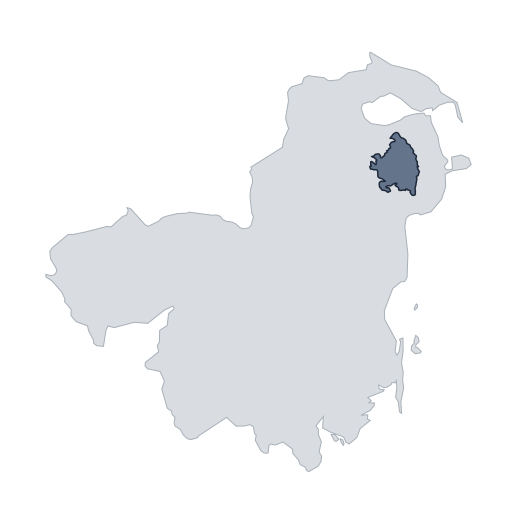 Lara on a map of Venezuela (Natural Earth projection), rotated 94°
{"feature_id": "VEN-34", "entity_name": "Lara", "entity_type": "State", "adm_level": 1, "iso_a3": "VEN", "parent_name": "Venezuela", "parent_adm1": "", "projection": "natural_earth1", "projection_center": [-69.693, 10.08], "detail": "fine", "context": "in_parent", "style": "filled", "palette": "slate", "viewbox_px": 512, "rotation_deg": 94, "n_neighbors": 0, "source": "natural_earth", "source_scale": "10m", "svg_char_len": 8591}
<svg xmlns="http://www.w3.org/2000/svg" viewBox="0 0 512 512"><g transform="rotate(94 256 256)"><path d="M461.4,179.4L467.3,188.2L466.7,190.3L463.1,192.3L461.1,197.3L456.5,199.5L450.2,205.5L446.1,206.1L439.7,216.1L443.3,223.9L442.5,227.9L444.0,229.9L451.5,230.1L452.2,232.2L451.3,235.4L450.0,237.5L439.9,243.9L435.0,243.3L433.0,245.2L426.5,246.6L424.7,250.5L426.4,255.6L427.1,264.0L419.0,274.0L439.4,300.7L441.6,302.1L443.7,308.2L443.0,311.9L439.4,316.2L434.3,319.4L431.3,324.9L428.2,326.0L422.6,325.6L419.9,328.6L416.4,329.7L414.1,333.9L395.3,340.7L387.3,338.6L377.9,343.6L376.2,356.2L373.4,359.0L369.9,359.0L358.3,346.3L352.4,348.2L348.4,346.4L336.9,346.9L331.5,339.7L319.5,339.2L314.9,334.4L312.8,334.3L311.9,335.9L316.6,343.9L330.7,359.3L330.7,373.1L337.3,392.4L336.2,398.6L340.0,400.4L356.8,401.9L356.6,408.7L354.4,411.8L351.1,412.4L342.5,417.6L337.4,419.3L334.1,430.6L331.2,433.8L328.1,436.5L322.4,436.6L314.8,443.8L312.0,443.7L305.5,447.3L295.0,457.8L291.5,464.2L288.9,464.3L290.0,458.7L288.6,455.7L286.2,454.1L283.9,453.8L280.9,455.3L273.1,460.8L265.6,462.0L261.6,459.5L247.6,444.9L247.3,440.0L244.1,428.4L236.9,406.8L237.1,402.6L225.9,391.8L224.3,388.0L219.7,386.6L216.8,388.0L217.5,384.4L232.6,368.8L233.9,365.5L228.0,355.5L224.8,352.7L222.9,349.2L219.1,337.1L218.1,327.8L216.9,325.9L218.4,303.2L217.8,298.2L218.9,294.4L221.9,291.8L223.5,287.8L223.8,282.3L225.6,277.9L228.7,274.3L229.8,270.9L228.5,265.3L225.8,263.0L216.7,261.3L214.2,263.0L197.5,266.1L189.3,266.1L183.0,264.6L178.2,265.1L172.6,268.2L169.9,266.4L167.7,267.3L145.7,237.2L137.6,236.5L126.7,232.3L118.1,235.7L114.5,236.0L99.1,234.4L90.6,235.9L87.0,234.4L84.6,232.0L80.8,222.1L74.9,220.5L72.5,216.5L73.4,200.5L76.1,196.1L75.1,188.9L74.3,185.4L66.6,176.5L62.5,159.1L57.4,158.1L55.9,154.3L54.3,153.6L50.1,156.0L45.7,156.9L44.7,156.0L56.0,134.4L60.4,108.9L66.0,96.4L73.6,86.3L79.8,83.3L88.8,66.2L108.7,59.1L103.5,64.3L91.6,67.7L88.9,69.7L89.2,75.4L92.6,83.5L98.7,89.9L95.9,90.6L97.1,96.4L100.0,100.4L100.1,102.9L97.9,110.6L88.8,122.8L83.9,133.4L87.6,139.7L88.1,142.9L94.8,150.8L94.2,153.9L97.1,160.4L101.8,161.3L111.0,157.2L115.9,150.4L116.9,137.4L116.0,132.8L110.4,121.5L106.6,117.2L103.2,107.4L101.7,98.5L104.3,96.4L104.0,91.7L110.4,90.5L124.2,82.9L132.8,80.9L142.5,76.9L146.8,71.6L148.3,71.2L153.4,74.3L155.9,73.2L156.9,70.8L155.5,66.0L143.8,67.8L140.9,58.3L143.5,50.6L149.7,47.7L154.1,52.2L157.2,65.9L161.3,73.0L173.7,71.6L186.3,74.8L199.7,84.6L203.6,94.8L202.0,97.4L202.9,101.7L204.8,106.1L207.7,108.8L216.1,109.6L243.6,104.6L266.7,103.8L271.1,105.9L271.6,109.6L279.1,117.4L301.6,124.2L310.3,123.2L330.9,110.1L342.0,110.5L345.1,108.5L341.0,106.5L331.8,105.7L329.0,107.0L327.5,103.7L340.7,102.6L352.4,103.4L362.0,101.0L369.5,101.1L377.2,99.5L391.5,101.3L402.8,99.8L401.5,102.0L391.8,103.7L387.2,106.9L377.5,106.3L370.6,107.4L372.8,108.3L372.8,111.6L374.8,112.2L377.8,116.2L378.5,119.5L376.1,124.7L378.9,124.2L380.5,122.5L380.4,118.8L382.0,119.5L389.3,134.6L392.3,131.0L394.5,133.2L394.4,127.5L396.8,127.6L402.1,131.4L407.5,140.1L406.6,133.5L410.9,133.4L412.1,130.6L420.8,140.0L430.1,142.8L437.0,149.9L435.5,153.4L431.5,155.2L429.9,157.4L426.8,168.7L423.0,177.5L411.4,177.6L421.3,184.4L424.7,181.6L429.6,181.4L436.9,177.8L446.9,179.4L451.3,176.5L456.7,176.9L461.4,179.4ZM341.3,85.7L342.4,90.4L339.3,94.5L335.0,94.6L331.7,91.9L329.9,92.6L324.1,91.1L325.8,88.6L330.0,87.3L333.2,90.2L335.8,90.4L336.4,88.0L340.0,84.4L341.3,85.7ZM435.0,164.8L428.8,168.6L428.5,164.9L433.2,160.5L435.3,163.2L435.0,164.8ZM298.9,93.8L297.2,94.6L292.6,92.7L293.6,91.4L296.1,91.4L298.9,93.8ZM436.2,158.0L432.4,159.2L433.5,156.5L437.4,155.1L438.8,155.6L436.2,158.0Z" fill="#d9dde1" stroke="#a8b0b8" stroke-width="1"/><path d="M181.7,131.9L181.5,133.8L181.5,134.2L181.6,134.6L180.5,135.8L180.4,135.9L179.6,136.2L179.4,136.3L179.4,136.6L179.3,136.8L179.2,136.9L179.2,137.1L178.9,137.3L177.1,137.9L175.5,138.1L174.3,138.0L174.0,137.9L173.8,137.7L173.5,137.5L172.9,136.9L172.7,136.6L172.6,136.3L172.6,136.0L172.7,135.6L172.8,135.2L172.8,134.6L172.6,133.8L172.5,132.5L172.5,132.4L172.3,132.4L172.1,132.5L171.9,132.8L171.3,134.2L170.4,135.1L169.7,137.7L169.5,138.4L169.2,139.1L168.4,139.8L167.5,140.1L165.9,140.2L164.4,140.4L163.4,140.5L162.5,140.6L162.1,141.0L161.8,141.5L161.5,142.4L161.5,142.8L161.6,143.3L161.7,143.8L161.8,144.0L161.8,144.5L161.7,144.7L161.3,145.9L161.3,146.2L161.3,146.5L161.4,146.8L161.4,147.1L161.4,147.3L161.4,147.5L160.9,148.0L158.9,148.7L158.5,148.3L158.4,147.9L158.4,147.7L158.3,147.3L158.1,147.3L157.9,147.4L157.6,147.6L157.2,147.9L154.4,148.0L154.2,148.0L153.9,148.0L153.8,147.7L153.7,147.5L153.8,147.3L154.2,146.3L154.4,145.8L154.6,145.6L155.2,144.7L156.3,143.5L156.4,143.3L156.4,143.1L156.4,142.9L156.4,142.7L156.2,142.6L155.7,142.6L155.4,142.6L155.2,142.5L154.9,142.4L154.7,142.4L154.5,142.5L153.4,143.0L153.1,143.0L152.9,143.0L152.8,142.8L152.7,142.7L152.2,142.3L152.1,142.2L151.8,142.3L151.5,142.5L149.6,145.0L149.4,145.5L149.2,146.6L149.0,147.1L148.7,147.4L147.9,145.3L147.8,145.1L147.7,145.0L146.7,144.5L146.4,144.2L146.1,143.4L145.6,141.3L145.6,141.1L145.6,140.9L145.6,140.6L145.7,140.4L145.9,140.1L146.1,140.0L147.1,139.1L147.3,139.0L147.4,138.8L147.6,138.8L147.8,138.8L148.3,138.9L148.5,138.9L149.2,138.3L149.3,138.1L149.3,137.7L149.2,137.4L148.7,136.8L147.5,135.8L147.4,135.5L147.2,135.2L146.8,134.9L146.6,134.8L146.3,134.7L145.2,134.7L144.8,134.5L144.5,134.3L143.8,133.0L143.7,132.9L143.2,132.4L142.8,132.4L142.7,132.5L142.1,133.0L141.8,132.7L141.5,132.3L141.1,131.3L140.0,131.0L139.5,130.9L139.4,130.5L139.0,129.7L138.8,129.4L138.4,129.4L137.2,129.6L136.9,129.8L136.4,130.1L135.9,130.5L135.6,130.5L134.9,130.0L134.2,129.5L133.7,129.3L133.2,128.9L132.7,127.7L132.3,127.1L132.3,126.8L132.2,126.0L132.1,125.6L131.7,125.4L131.3,125.4L130.8,125.6L130.3,125.9L129.9,126.6L129.1,128.3L129.2,130.2L128.5,130.1L128.1,129.8L126.5,128.6L125.7,128.2L124.6,127.3L123.6,126.0L123.1,125.1L123.0,124.2L123.3,123.1L124.1,122.3L127.2,120.2L127.6,119.7L127.8,119.3L128.0,118.8L128.1,118.1L128.4,117.2L128.7,116.6L129.1,116.0L129.3,115.7L129.5,115.4L129.9,114.9L130.7,114.3L131.3,114.0L132.0,113.8L132.6,113.7L133.1,113.6L133.2,113.3L133.4,112.9L133.7,112.4L133.8,111.9L134.2,111.0L134.4,110.5L135.1,109.9L135.7,109.6L136.2,109.5L136.9,109.2L137.2,108.8L137.5,108.2L137.7,107.9L138.1,107.5L139.0,107.1L139.2,106.9L139.5,106.5L139.7,106.3L140.2,106.2L141.0,106.2L142.1,106.5L142.6,105.9L142.6,105.7L142.8,105.5L143.0,105.2L143.5,104.9L144.0,104.6L144.3,103.7L144.5,103.4L144.7,103.2L144.9,103.1L145.1,103.0L145.4,103.0L146.3,103.0L147.8,103.4L148.0,103.4L148.3,103.3L148.8,103.0L149.2,102.7L150.2,102.2L150.7,101.7L151.0,101.6L151.4,101.6L151.6,101.7L151.9,101.7L152.1,101.7L152.3,101.7L152.5,101.5L152.8,101.5L153.1,101.5L153.4,101.5L153.7,101.5L153.9,101.4L154.4,101.1L154.8,100.7L155.0,100.4L155.3,100.2L155.5,100.2L155.7,100.3L155.8,100.6L155.6,100.8L155.3,101.0L155.4,101.3L155.5,101.3L156.0,101.3L156.3,101.3L157.7,100.7L158.8,100.1L160.3,99.0L160.5,99.0L160.9,99.0L162.5,99.6L164.2,99.8L164.7,100.1L164.8,100.3L164.9,100.5L165.0,100.9L165.1,101.1L165.1,101.3L165.4,101.5L165.7,101.5L167.1,101.1L167.5,100.9L172.1,101.3L172.3,101.4L172.6,101.5L172.8,101.5L173.4,101.4L173.6,101.4L177.0,102.0L178.3,102.0L179.1,101.8L179.9,101.5L180.1,101.5L180.4,101.6L181.5,101.6L182.2,101.4L183.3,101.4L183.8,101.6L183.9,101.8L184.1,102.0L184.5,102.8L184.5,103.3L184.5,104.2L184.4,104.4L184.3,104.7L184.0,105.0L182.6,106.2L182.1,106.5L181.7,106.7L181.0,106.5L180.9,106.4L180.6,106.5L180.3,106.6L180.1,106.8L180.0,107.2L179.6,108.6L179.5,109.2L179.4,109.4L179.3,109.5L178.9,109.7L178.8,110.0L178.7,110.8L178.7,111.1L178.8,111.3L179.1,111.5L179.3,111.6L179.5,111.6L179.9,111.3L180.0,111.3L180.1,111.6L179.9,113.4L180.0,113.8L180.1,114.2L180.5,116.0L180.5,117.3L180.5,117.7L180.0,117.9L179.9,118.2L179.8,118.3L179.6,118.4L179.2,118.3L178.9,118.3L178.6,118.4L177.3,119.4L177.1,119.6L177.0,119.8L177.0,120.2L176.9,120.6L176.8,120.8L176.6,121.1L176.4,121.4L176.1,121.8L176.0,122.0L175.9,122.1L175.5,122.1L175.3,121.9L174.7,120.9L174.1,120.5L173.9,120.7L173.7,121.0L173.6,121.3L173.5,121.6L173.6,122.0L173.9,122.7L174.4,123.6L174.5,123.7L174.6,124.0L175.6,125.1L176.4,126.2L176.5,126.5L176.7,126.9L176.7,127.1L176.6,128.7L176.6,128.9L176.6,129.1L176.7,129.3L176.8,129.5L176.9,129.8L177.4,130.2L177.5,130.4L177.6,130.6L177.6,130.9L177.7,131.0L177.8,131.1L178.1,131.2L178.3,131.1L178.5,130.9L178.7,130.4L178.7,130.0L178.8,129.8L178.7,128.8L178.7,128.5L178.7,128.2L179.3,127.7L181.6,126.4L182.2,126.7L182.4,127.4L183.0,128.7L183.3,128.9L183.3,129.1L182.4,130.2L182.1,130.8L181.7,131.9Z" fill="#64748b" stroke="#1e293b" stroke-width="1.5"/></g></svg>